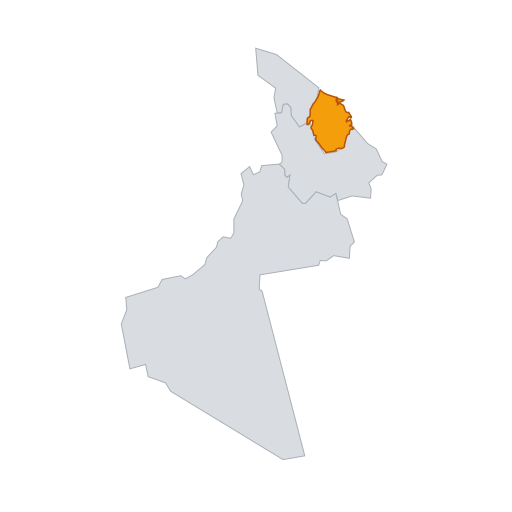 Sierra Leone and the surrounding countries, rotated 171°
{"feature_id": "SLE", "entity_name": "Sierra Leone", "entity_type": "country or territory", "adm_level": 0, "iso_a3": "SLE", "parent_name": "Africa", "parent_adm1": "", "projection": "equal_earth", "projection_center": [-11.928, 8.452], "detail": "fine", "context": "with_neighbors", "style": "filled", "palette": "amber", "viewbox_px": 512, "rotation_deg": 171, "n_neighbors": 3, "source": "natural_earth", "source_scale": "50m", "svg_char_len": 3212}
<svg xmlns="http://www.w3.org/2000/svg" viewBox="0 0 512 512"><g transform="rotate(171 256 256)"><path d="M167.3,305.4L165.8,284.0L160.2,278.4L156.6,254.5L161.6,250.8L164.1,239.1L179.2,244.2L187.5,240.2L193.3,241.6L195.5,237.1L255.0,236.8L258.1,222.9L255.5,220.4L239.1,51.0L261.2,50.7L361.4,135.7L365.2,144.9L381.4,153.7L382.0,166.2L398.2,164.3L399.7,209.9L392.0,223.2L391.1,235.5L357.8,240.4L352.4,247.5L333.4,248.3L329.6,244.5L321.5,247.3L307.8,255.6L305.0,261.9L293.6,270.9L291.6,276.0L285.5,280.1L278.2,277.4L274.2,282.3L272.1,296.0L260.4,312.7L260.9,319.5L256.8,328.0L257.9,339.7L248.3,345.3L245.9,336.7L239.0,338.5L236.3,344.4L218.6,343.1L214.0,337.2L214.8,331.2L212.9,328.9L209.7,330.9L213.3,319.1L202.0,300.8L199.0,300.2L186.6,310.1L173.5,302.7L167.3,305.4Z" fill="#d9dde1" stroke="#a8b0b8" stroke-width="1"/><path d="M133.8,295.2L151.7,300.3L166.4,298.0L167.3,305.4L173.5,302.7L186.6,310.1L199.0,300.2L202.0,300.8L213.3,319.1L209.7,330.9L212.9,328.9L214.8,331.2L214.0,337.2L218.6,343.1L215.6,344.6L214.5,351.5L221.7,376.0L214.7,381.2L215.0,394.0L208.4,393.5L205.4,401.6L201.1,401.5L198.2,397.2L199.1,389.1L192.8,376.7L181.6,380.6L179.8,362.0L172.4,346.3L160.4,346.3L152.8,350.5L148.5,360.5L140.4,369.4L128.1,349.5L120.5,342.9L116.6,329.5L112.3,326.2L119.0,316.4L123.5,316.8L133.1,310.7L131.8,304.1L133.8,295.2Z" fill="#d9dde1" stroke="#a8b0b8" stroke-width="1"/><path d="M212.7,394.0L213.5,409.7L210.3,418.7L225.8,434.1L223.8,461.3L204.3,451.8L167.6,412.2L172.0,399.8L185.7,379.4L192.8,376.7L199.1,389.1L198.2,397.2L201.1,401.5L205.4,401.6L208.4,393.5L212.7,394.0Z" fill="#d9dde1" stroke="#a8b0b8" stroke-width="1"/><path d="M184.9,377.8L184.9,378.4L184.4,381.3L183.8,383.8L183.3,384.4L181.4,385.1L180.6,386.2L179.9,389.7L179.5,392.5L178.8,393.0L176.0,397.0L174.2,398.5L172.9,399.8L171.7,401.5L170.1,403.2L168.5,406.0L167.3,408.9L166.5,409.8L165.9,408.9L163.1,406.1L160.2,404.2L153.9,401.0L151.8,400.1L151.9,398.9L152.6,396.8L151.5,394.4L151.9,392.6L151.5,392.6L150.6,393.7L148.6,393.4L147.4,391.9L146.3,391.3L145.9,390.5L145.2,386.5L144.8,384.7L143.8,383.6L141.9,383.3L141.1,380.8L140.0,378.9L140.2,377.8L141.1,377.8L141.7,378.7L142.8,379.0L144.2,377.0L145.4,375.9L145.7,374.9L145.6,374.4L144.8,375.2L142.8,375.0L142.3,375.7L141.4,376.0L140.7,373.6L140.7,372.1L141.0,370.6L143.1,370.3L143.2,369.8L141.8,369.5L140.1,367.7L139.7,366.4L140.6,366.0L141.5,366.2L142.2,366.4L143.0,366.0L143.7,365.3L144.2,364.4L144.8,362.1L146.7,361.3L147.8,359.9L148.9,357.6L149.4,356.1L149.8,355.3L150.1,354.6L150.3,353.9L150.8,353.2L151.3,351.5L151.6,350.0L152.7,349.3L155.0,348.6L157.0,349.7L160.3,348.8L160.5,347.4L163.5,347.3L167.1,347.3L170.0,347.3L171.0,347.7L171.4,348.7L172.4,350.4L173.4,351.5L174.7,354.0L176.2,357.0L177.8,359.6L178.8,361.1L178.9,361.6L178.8,362.1L178.3,363.5L177.9,364.9L177.9,365.5L178.2,365.8L179.9,366.2L180.1,367.8L180.1,370.1L180.9,372.2L181.6,373.7L181.6,374.3L179.7,376.9L179.0,379.5L178.6,380.3L178.5,380.8L178.9,381.1L179.4,380.9L180.1,381.2L180.8,381.2L181.7,380.3L183.2,377.9L183.8,377.6L184.9,377.8ZM151.2,399.0L151.0,399.6L150.0,398.3L144.8,396.3L146.3,395.3L149.9,395.0L151.0,395.6L151.4,396.1L151.6,397.0L151.2,399.0Z" fill="#f59e0b" stroke="#b45309" stroke-width="1.5"/></g></svg>